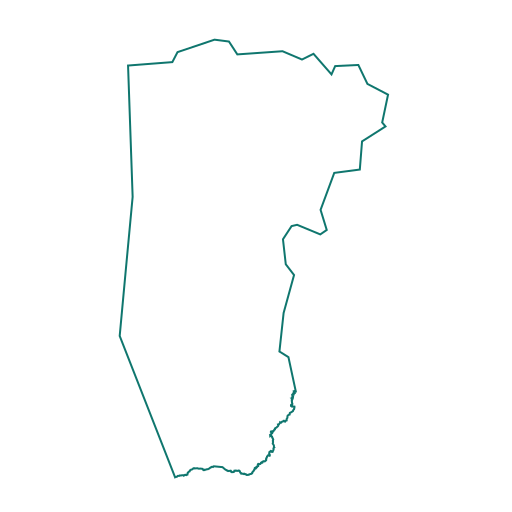 Pibor, Jonglei, South Sudan, rotated 87°
{"feature_id": "79223893B32810285770131", "entity_name": "Pibor", "entity_type": "district", "adm_level": 2, "iso_a3": "SSD", "parent_name": "South Sudan", "parent_adm1": "Jonglei", "projection": "orthographic", "projection_center": [34.735, 6.56], "detail": "fine", "context": "isolated", "style": "outline", "palette": "teal", "viewbox_px": 512, "rotation_deg": 87, "n_neighbors": 0, "source": "geoboundaries", "source_scale": "gbopen_adm2", "svg_char_len": 5708}
<svg xmlns="http://www.w3.org/2000/svg" viewBox="0 0 512 512"><g transform="rotate(87 256 256)"><path d="M260.7,386.4L328.7,396.3L472.7,348.4L472.5,348.1L472.4,347.2L472.4,346.7L472.0,346.2L471.8,346.0L471.5,345.6L471.5,344.9L471.6,344.3L471.1,343.4L471.2,343.1L471.3,342.8L471.3,342.4L471.1,341.6L471.1,341.1L471.1,340.7L471.1,340.2L471.4,339.8L471.6,339.6L471.4,339.4L471.1,339.2L471.0,338.6L470.8,338.3L470.8,337.8L471.1,337.5L471.2,337.0L471.1,336.8L470.8,336.4L470.7,335.9L469.6,335.8L468.9,335.5L468.8,335.1L468.1,334.7L467.8,334.2L467.6,333.5L466.9,333.3L466.4,332.9L466.3,332.5L465.9,331.9L465.9,331.3L465.5,330.5L465.2,330.1L464.7,329.6L464.7,329.1L464.7,328.6L465.0,328.3L464.9,327.3L464.9,326.8L464.9,326.3L464.9,325.8L464.9,325.4L465.2,325.0L465.4,324.2L465.4,323.8L465.4,323.4L465.4,322.8L465.4,322.3L465.6,321.8L465.6,321.2L465.7,320.8L465.8,320.4L466.5,320.1L467.1,319.7L467.1,319.4L467.1,318.9L467.1,318.5L466.7,318.3L466.7,317.9L466.7,317.4L466.6,316.8L466.4,316.3L466.4,315.7L466.4,315.2L466.2,314.8L466.0,314.4L465.9,314.0L465.7,313.6L465.1,313.0L464.9,312.2L464.3,311.6L464.2,310.8L464.3,310.5L464.5,310.0L464.3,309.7L463.9,309.4L463.8,309.1L465.1,300.5L467.6,297.9L467.8,297.5L468.5,296.6L468.4,296.4L468.9,295.8L468.9,295.5L469.3,295.2L469.3,294.5L469.2,294.1L469.2,293.4L469.2,293.2L469.1,292.7L469.5,292.6L469.4,292.4L469.5,292.2L469.8,292.1L469.8,291.9L470.0,291.8L470.3,291.8L470.6,291.5L470.6,291.1L470.6,290.4L470.6,289.9L470.3,289.4L470.1,289.3L469.6,289.0L469.9,288.8L469.5,288.4L469.5,288.1L469.4,287.9L469.4,287.4L469.2,287.3L469.3,286.8L469.6,286.3L469.6,285.8L469.6,285.4L469.3,284.9L469.4,284.4L469.6,284.3L469.7,284.2L469.6,283.8L470.0,283.5L470.1,283.4L470.4,283.4L470.7,283.3L470.9,283.2L471.4,283.1L471.6,282.9L471.8,282.5L472.0,282.2L472.4,282.2L472.4,281.9L472.4,281.7L472.7,281.5L472.7,281.2L472.7,280.9L472.8,280.6L472.8,280.4L472.9,280.1L473.0,279.9L473.0,279.6L472.8,279.5L472.8,279.2L473.2,279.1L473.2,278.7L473.2,278.4L473.2,278.1L473.4,277.8L473.4,277.5L473.7,277.2L473.8,277.1L474.0,277.1L474.2,276.7L474.2,276.2L474.2,275.9L474.2,275.6L474.0,275.2L474.1,274.9L474.1,274.7L473.9,274.6L473.8,274.3L473.7,273.8L473.5,273.4L473.4,272.9L473.4,272.3L473.1,271.9L472.9,271.3L472.4,271.0L472.0,271.1L471.5,270.6L471.1,270.5L470.9,270.1L470.6,269.7L470.2,269.4L469.6,269.2L469.5,268.9L469.2,268.7L468.7,268.6L468.1,268.4L467.8,268.4L467.6,268.2L467.7,267.8L467.5,267.5L467.3,267.3L467.6,267.3L467.9,267.1L467.6,266.8L467.3,266.5L467.0,266.1L466.5,265.8L466.0,265.2L465.9,264.8L465.4,264.7L464.9,264.7L464.1,265.2L463.7,265.5L463.9,265.1L463.7,264.8L463.7,264.3L464.0,263.7L464.0,263.1L463.9,262.6L463.5,262.2L462.7,261.9L462.4,261.3L462.8,261.0L462.8,260.6L462.6,260.3L462.1,260.3L461.8,260.3L461.5,259.7L461.3,259.1L461.6,258.2L461.5,257.8L461.1,257.4L460.7,257.1L460.6,256.6L460.1,256.4L459.5,256.6L458.9,256.5L458.5,256.4L458.2,255.9L457.4,255.6L456.8,255.5L456.6,255.2L456.3,254.9L455.7,254.5L455.6,253.8L455.7,253.2L456.2,253.0L456.2,252.8L455.6,252.6L455.1,252.7L454.5,253.0L454.1,253.2L453.7,253.2L453.4,253.1L452.9,252.9L452.5,252.9L452.2,252.6L452.2,252.1L451.7,251.7L451.4,251.4L451.5,251.1L452.1,250.7L452.4,250.6L452.5,250.0L452.5,249.7L452.0,249.5L451.5,249.2L451.0,249.0L450.6,248.7L449.9,248.5L449.4,248.7L449.1,248.6L448.6,248.3L448.2,247.9L448.0,248.2L447.6,248.1L446.6,248.0L445.8,248.2L445.0,248.6L444.3,249.1L443.9,249.1L443.3,248.8L442.8,248.7L442.1,248.7L441.6,248.9L441.4,248.7L440.7,248.6L440.1,248.4L439.6,248.7L439.1,248.7L438.7,248.9L438.5,249.2L437.8,249.4L437.3,249.4L437.1,249.8L436.7,249.9L436.3,250.1L436.1,250.6L436.5,251.2L436.2,251.2L435.7,251.2L435.4,251.3L435.0,250.8L435.0,250.5L434.5,250.0L434.1,249.9L433.8,249.6L433.8,249.1L433.4,248.9L433.2,249.3L433.0,249.9L432.5,250.4L432.1,250.3L432.1,249.8L431.9,249.4L431.8,249.0L431.8,248.4L431.8,247.7L431.2,247.3L430.8,247.1L430.4,246.7L430.2,246.2L429.7,246.3L429.4,246.2L429.0,245.9L428.7,245.2L428.3,244.4L427.7,243.8L427.2,243.1L426.7,242.7L426.0,242.6L425.4,242.8L425.3,242.3L425.3,241.9L424.9,241.6L424.2,241.0L423.9,240.7L423.4,240.6L423.6,240.3L423.8,239.9L423.7,239.5L423.2,239.3L422.8,238.6L422.7,237.9L422.5,237.4L422.0,237.1L422.0,236.7L422.4,236.5L422.8,236.1L422.9,235.5L422.3,235.2L421.9,234.5L421.8,234.0L421.2,234.0L420.5,234.0L420.2,233.7L419.7,233.5L419.2,233.1L418.1,233.0L417.7,233.0L417.0,232.7L416.5,231.8L416.2,231.3L416.1,230.7L415.6,230.6L415.1,230.6L414.5,230.4L414.2,229.9L413.9,229.0L413.6,228.5L413.1,227.7L412.9,227.3L412.7,227.3L412.2,227.0L411.6,226.7L411.0,226.0L410.5,226.0L410.0,225.7L409.5,225.6L409.1,225.5L408.4,225.5L408.3,226.0L408.3,226.5L408.3,227.0L408.3,227.5L408.3,228.0L407.9,228.5L407.6,228.9L407.0,228.9L406.4,228.7L406.3,228.2L406.3,227.6L406.0,227.5L405.4,227.4L404.7,227.6L404.3,227.8L403.9,227.7L403.4,227.7L403.1,227.8L402.7,227.7L402.5,227.9L402.1,227.8L401.8,227.6L401.5,227.8L401.2,227.6L400.9,227.1L400.4,227.1L400.0,227.6L399.9,227.1L399.8,226.8L399.5,226.9L398.9,227.2L398.7,226.8L398.7,226.4L398.1,226.3L397.9,226.7L397.5,226.7L397.4,226.8L397.1,227.0L396.5,226.5L396.2,226.9L395.8,226.5L396.0,225.7L395.2,225.8L395.0,225.4L395.2,224.9L395.1,224.6L394.3,224.9L394.1,225.3L393.6,224.9L393.0,225.3L392.8,224.8L392.7,224.2L392.8,223.7L393.1,223.4L393.6,223.4L394.0,223.4L394.3,223.2L358.7,228.9L352.6,237.6L314.3,231.4L277.0,219.0L265.8,226.7L240.7,228.2L228.0,218.9L227.0,213.3L237.8,190.7L233.7,184.0L213.3,189.1L177.1,173.5L175.3,150.4L175.1,147.8L147.1,144.1L133.4,119.9L129.3,123.0L101.8,115.7L90.0,135.7L70.6,143.8L70.5,167.0L78.6,171.1L57.1,188.0L62.2,199.8L52.9,218.8L53.7,264.1L40.4,271.8L37.8,286.1L48.3,323.7L58.0,329.4L59.1,373.8L190.5,376.1L260.7,386.4Z" fill="none" stroke="#0f766e" stroke-width="2"/></g></svg>